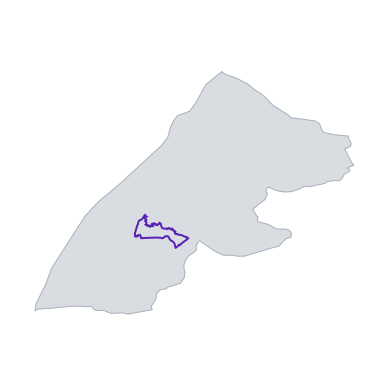 Gboe-Ploe, Grand Gedeh, Liberia (highlighted), rotated 87°
{"feature_id": "62588387B47381315935072", "entity_name": "Gboe-Ploe", "entity_type": "district", "adm_level": 2, "iso_a3": "LBR", "parent_name": "Liberia", "parent_adm1": "Grand Gedeh", "projection": "equal_earth", "projection_center": [-8.826, 6.021], "detail": "fine", "context": "in_parent", "style": "outline", "palette": "violet", "viewbox_px": 384, "rotation_deg": 87, "n_neighbors": 0, "source": "geoboundaries", "source_scale": "gbopen_adm2", "svg_char_len": 5240}
<svg xmlns="http://www.w3.org/2000/svg" viewBox="0 0 384 384"><g transform="rotate(87 192 192)"><path d="M73.3,155.9L76.3,152.4L80.9,141.2L87.2,130.5L93.1,124.1L97.7,117.6L102.7,112.6L109.7,106.7L120.5,91.3L123.1,89.5L124.8,78.9L127.5,65.3L130.6,61.1L138.0,58.6L139.7,56.2L142.3,46.7L144.0,35.5L144.2,33.1L147.1,32.8L152.0,30.4L154.9,31.5L156.1,34.7L156.8,37.4L171.8,30.5L173.1,29.0L173.9,29.3L175.8,35.5L176.8,35.2L177.7,33.3L178.7,33.2L179.9,34.0L181.1,36.9L183.0,39.5L186.2,41.4L188.3,43.9L188.1,50.6L188.8,57.1L190.2,58.6L191.0,62.5L191.4,66.8L192.1,69.0L192.7,73.3L192.4,77.9L193.0,81.2L195.4,86.8L196.9,93.8L196.9,98.8L196.0,104.1L194.4,108.9L191.6,114.2L191.4,116.2L193.0,117.6L195.6,117.9L197.7,116.8L203.0,119.2L205.7,122.7L208.2,126.9L210.4,129.1L211.4,131.8L215.1,131.0L219.5,128.4L220.4,127.2L221.7,127.9L224.5,128.1L226.5,123.5L228.1,118.1L231.5,112.3L233.2,110.0L233.6,106.3L233.8,101.5L235.0,97.3L237.8,95.0L240.8,95.1L242.5,95.9L243.3,100.0L245.8,103.0L247.8,105.1L248.9,106.0L250.7,108.4L252.3,116.5L258.8,142.8L258.5,150.1L257.2,154.8L257.2,159.4L256.7,164.0L252.8,171.5L241.1,186.9L242.0,188.2L244.8,190.0L247.6,190.9L250.0,190.4L252.9,194.3L256.0,199.1L259.4,201.6L264.2,203.8L268.4,204.0L272.0,203.2L277.0,204.2L282.4,208.1L284.3,214.7L285.6,220.5L287.5,223.4L287.8,228.4L291.6,232.8L297.0,233.6L304.1,238.7L305.9,238.5L306.7,237.8L307.6,238.8L309.4,253.6L310.7,261.5L310.0,264.6L309.1,267.1L309.0,279.1L305.8,285.9L305.3,293.5L304.4,295.9L301.0,298.1L301.0,303.9L300.1,310.9L299.7,318.3L300.7,337.7L300.9,352.2L302.4,355.0L295.7,353.8L276.2,342.7L261.1,336.4L210.5,300.1L196.5,285.6L180.3,263.9L144.3,220.4L136.2,213.4L125.8,210.0L119.4,206.3L114.9,202.3L111.3,190.2L102.3,183.0L85.7,172.8L73.3,155.9Z" fill="#d9dde1" stroke="#a8b0b8" stroke-width="1"/><path d="M238.0,198.3L237.7,198.9L237.3,199.7L237.2,199.8L236.9,199.9L236.7,199.8L236.6,200.1L236.5,200.3L236.3,201.4L236.0,202.0L235.4,203.0L235.2,203.5L234.9,203.9L234.6,204.3L234.3,205.9L234.3,206.0L234.1,206.2L234.0,206.4L233.9,206.5L234.0,207.0L234.1,207.4L234.0,207.7L233.9,207.7L233.8,207.9L233.5,208.6L233.3,208.7L233.0,209.2L233.1,209.4L233.2,209.8L233.1,210.3L232.6,210.5L232.5,211.1L231.4,211.0L231.2,211.3L230.9,211.4L230.7,211.7L230.6,211.8L230.3,211.7L230.2,211.2L229.8,211.6L229.6,211.8L229.2,213.2L228.8,213.4L228.6,213.5L228.4,213.5L228.2,213.2L228.0,212.8L228.0,212.6L227.6,213.6L227.7,213.9L228.1,214.1L228.3,214.4L228.2,214.8L227.9,214.8L227.6,215.0L227.6,215.5L227.5,216.0L227.4,217.1L227.1,216.6L226.8,216.7L226.9,217.0L227.1,217.5L227.4,217.9L227.7,218.8L227.3,218.9L227.2,218.9L227.2,219.0L227.3,219.1L227.2,220.9L227.1,221.3L227.0,221.8L226.8,222.5L226.7,223.2L226.6,223.5L225.7,223.9L225.5,224.1L225.1,224.2L224.9,224.3L224.6,224.3L224.3,224.4L224.1,224.5L223.8,224.6L223.6,224.7L223.1,224.9L222.6,224.8L222.4,224.8L222.3,225.0L222.4,225.3L222.2,225.6L221.9,225.2L221.7,225.2L221.5,225.4L221.4,225.5L221.2,225.9L221.7,225.9L221.7,226.3L221.7,226.5L222.0,226.8L222.3,227.3L222.7,227.8L222.9,227.8L223.1,228.0L223.2,228.4L223.2,228.5L223.1,228.4L222.9,228.3L222.7,228.4L222.6,228.6L222.5,228.9L222.4,229.5L222.2,229.9L222.1,230.1L222.1,230.3L222.0,230.5L221.7,230.8L221.2,231.4L221.3,231.9L221.6,232.0L221.8,232.2L221.8,232.6L221.7,233.0L221.6,233.4L221.7,233.7L221.9,233.8L222.2,233.6L222.3,233.1L222.4,232.6L222.7,232.3L223.4,232.4L223.5,232.7L223.3,232.8L222.9,232.8L222.9,233.1L223.1,233.2L223.7,233.2L224.0,233.0L224.2,233.4L224.0,234.0L223.7,234.2L223.5,234.5L223.6,235.4L223.8,235.5L224.5,235.8L224.5,236.0L223.5,237.0L223.5,237.7L223.5,237.8L223.3,237.7L223.0,237.6L223.0,238.0L222.8,238.3L222.9,238.5L222.8,238.8L222.5,238.9L222.5,239.0L222.5,239.3L222.5,239.6L222.2,239.8L222.0,240.0L221.7,239.5L221.7,239.4L220.3,239.2L219.8,239.2L219.4,239.4L219.2,239.7L218.6,240.3L217.7,239.1L217.4,239.1L217.3,239.4L217.2,239.6L215.8,240.4L215.5,240.5L215.2,239.6L214.5,239.8L214.4,239.5L214.1,238.6L213.2,239.7L212.9,239.8L212.9,240.2L212.6,240.3L212.9,240.6L213.1,240.9L214.2,241.5L215.5,242.4L216.5,243.4L217.2,244.6L217.8,246.3L218.6,246.9L220.0,247.4L221.2,247.6L222.1,248.0L223.0,248.8L223.6,248.9L224.4,248.9L225.3,249.4L226.3,249.8L226.6,249.9L226.8,250.0L228.0,250.3L228.9,250.6L229.6,251.0L230.5,251.2L231.0,251.1L231.5,251.2L232.4,251.3L233.1,251.3L233.4,250.9L233.5,250.4L233.6,250.2L233.4,249.8L233.2,249.7L233.4,249.2L233.4,248.7L233.0,248.7L232.8,248.8L232.7,248.9L232.5,248.6L232.4,248.4L232.2,248.0L232.2,247.7L232.4,247.3L232.6,247.0L232.5,246.6L232.4,246.3L232.3,246.2L233.1,245.8L233.2,245.7L233.4,245.6L234.2,245.3L235.5,245.1L235.5,243.5L235.4,238.4L235.5,237.5L235.6,233.6L235.6,233.3L235.6,232.1L235.6,230.9L235.6,230.1L235.6,229.7L235.7,229.1L235.8,227.7L236.0,226.8L236.0,226.1L236.7,223.7L235.2,221.5L234.7,220.3L234.7,219.7L235.0,218.4L236.5,217.4L237.6,216.9L237.9,216.7L238.8,216.0L238.9,215.9L239.3,215.7L239.5,215.6L240.2,214.1L240.8,213.5L241.6,212.7L241.8,212.6L243.0,212.0L244.1,211.9L244.4,211.8L245.4,211.7L246.4,211.4L246.8,211.2L246.6,210.8L246.0,209.8L245.4,209.2L244.9,208.5L244.4,208.2L244.0,207.5L244.3,207.0L244.4,206.9L243.7,206.1L243.5,205.9L242.3,204.4L242.2,204.2L241.6,203.4L241.3,203.1L241.1,202.6L240.1,201.0L239.1,199.6L238.0,198.3Z" fill="none" stroke="#5b21b6" stroke-width="2"/></g></svg>